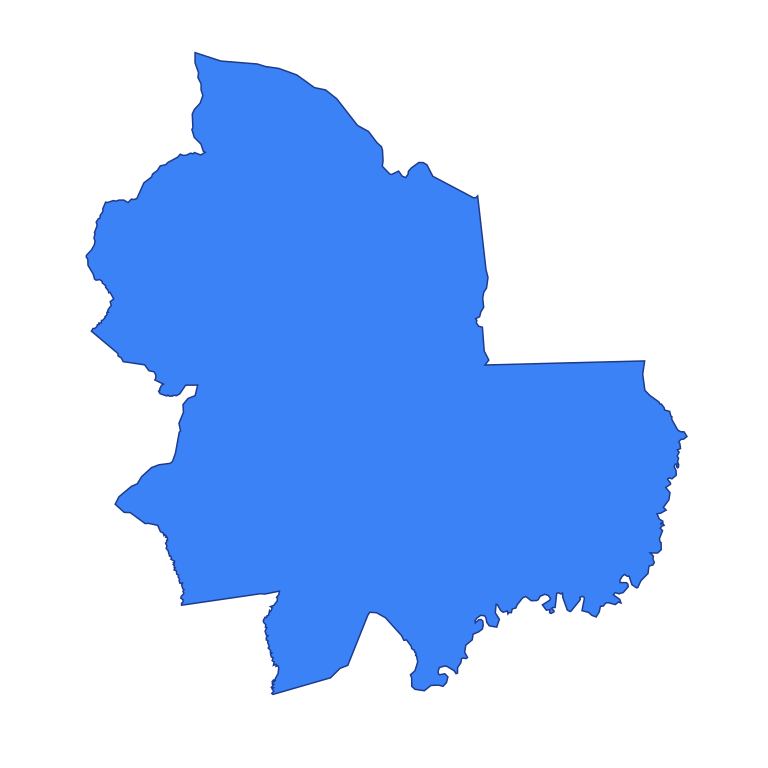 outline of Lufwanyama, Copperbelt, Zambia, rotated 4°
{"feature_id": "96606910B27641216908272", "entity_name": "Lufwanyama", "entity_type": "district", "adm_level": 2, "iso_a3": "ZMB", "parent_name": "Zambia", "parent_adm1": "Copperbelt", "projection": "robinson", "projection_center": [27.285, -12.951], "detail": "fine", "context": "isolated", "style": "filled", "palette": "blue", "viewbox_px": 768, "rotation_deg": 4, "n_neighbors": 0, "source": "geoboundaries", "source_scale": "gbopen_adm2", "svg_char_len": 6119}
<svg xmlns="http://www.w3.org/2000/svg" viewBox="0 0 768 768"><g transform="rotate(4 384 384)"><path d="M293.9,93.2L275.5,81.8L256.9,76.5L243.8,75.6L235.2,73.6L198.6,73.2L172.4,66.6L173.1,76.8L177.3,86.5L177.0,91.3L180.6,97.3L181.0,103.4L183.2,108.7L181.0,116.7L175.7,123.3L173.9,128.1L175.5,141.8L174.6,143.5L177.5,151.2L184.7,157.5L187.5,164.4L189.5,165.3L185.2,168.3L178.7,166.3L177.6,167.7L175.0,167.2L170.9,169.5L167.9,170.0L164.7,169.0L162.4,172.1L152.9,178.1L151.0,180.4L145.6,182.0L143.0,186.8L138.5,190.7L137.7,193.7L130.5,200.0L124.5,216.2L121.7,217.4L119.1,217.2L116.0,220.9L111.7,218.7L106.8,219.0L103.9,220.3L101.1,219.9L95.7,222.2L93.6,222.0L91.3,228.7L91.5,231.6L89.1,235.6L89.1,238.4L87.5,239.1L85.6,242.5L86.8,245.9L84.6,253.2L85.3,254.1L84.5,258.6L85.8,261.6L85.3,265.5L82.8,270.7L78.2,276.4L78.1,278.1L79.8,280.2L80.5,286.4L86.2,294.5L87.9,299.5L89.5,300.5L93.2,299.7L95.8,301.4L95.8,302.7L99.5,305.4L99.5,307.0L102.5,310.2L103.0,312.2L104.5,311.9L108.4,318.0L105.1,320.9L106.4,324.8L103.9,328.4L103.1,331.0L103.9,331.6L102.6,332.1L102.7,334.4L100.9,336.4L101.2,337.2L98.9,340.1L97.7,340.3L97.7,342.8L95.2,343.1L95.6,344.5L93.9,344.9L93.7,346.5L91.9,348.6L89.8,349.0L88.4,351.7L116.4,372.1L116.8,374.6L120.1,376.3L122.3,379.9L143.9,381.6L148.5,387.1L153.9,387.9L155.7,391.0L156.0,393.6L155.1,396.0L164.0,399.5L162.2,400.7L160.5,404.8L160.9,406.0L159.6,406.8L161.3,409.3L168.1,411.1L169.2,410.1L170.6,411.1L174.0,410.8L175.0,409.8L177.6,410.2L180.9,408.1L186.2,399.0L198.2,398.1L196.4,408.8L189.5,412.1L184.9,418.6L185.9,426.3L182.2,437.5L184.3,445.1L183.1,446.4L180.8,467.3L178.5,475.9L176.4,478.0L165.1,480.3L157.9,483.6L148.7,493.3L144.8,500.8L139.2,503.7L127.5,514.9L124.2,522.7L133.8,530.2L139.8,530.0L155.5,539.9L158.7,539.4L168.1,540.8L171.3,546.9L174.1,548.0L175.1,550.5L175.7,549.5L177.3,550.8L176.9,552.1L178.5,552.1L179.0,554.8L178.1,555.1L178.2,557.0L177.2,558.0L178.8,560.7L178.2,563.3L180.2,565.2L182.1,570.7L183.2,570.6L184.2,572.5L183.6,573.7L187.5,575.4L187.4,576.8L186.4,576.9L187.2,578.2L186.3,578.7L187.6,580.1L187.5,581.8L188.6,581.9L187.5,584.1L189.8,584.8L190.5,588.1L192.4,589.0L192.1,590.7L193.8,593.3L193.3,594.5L194.3,597.0L196.9,596.6L196.1,598.5L197.6,602.4L198.8,603.0L197.9,604.9L199.0,606.9L196.5,610.1L196.3,611.9L198.8,613.4L198.4,616.1L197.3,616.8L197.5,618.8L275.6,601.8L279.6,601.9L294.2,597.9L293.7,601.4L291.7,604.4L292.7,605.0L292.5,608.0L289.4,612.6L286.2,614.0L288.0,615.0L287.3,617.8L286.2,619.1L285.6,618.2L285.0,622.8L283.4,623.4L283.2,625.2L281.6,624.9L280.1,628.2L280.5,630.2L282.8,632.2L282.7,635.0L284.0,635.2L282.6,638.9L284.1,642.7L285.9,643.3L284.3,644.8L284.4,647.5L286.1,648.0L285.9,649.7L287.8,653.9L286.9,655.4L289.5,657.9L289.4,659.7L290.9,660.1L289.6,661.2L290.7,664.2L292.5,664.6L291.7,667.8L293.8,669.0L293.3,672.4L295.8,671.2L296.0,673.2L297.6,672.3L298.8,674.3L298.5,680.3L296.0,685.7L296.2,687.4L295.3,688.6L295.4,687.3L294.5,686.9L293.2,688.7L293.7,691.5L295.0,691.5L292.9,694.4L295.0,694.8L293.5,695.9L295.5,698.1L293.6,700.5L294.9,701.4L351.2,680.8L360.0,670.7L367.5,667.2L384.0,615.8L385.7,612.7L392.5,612.7L401.8,617.1L418.9,633.6L421.7,638.3L424.4,637.8L429.5,643.8L430.0,646.0L433.0,647.7L433.4,649.5L434.8,650.4L434.5,652.6L435.4,653.0L437.0,658.8L434.9,667.9L430.7,672.2L432.1,675.3L432.8,683.7L436.2,686.4L445.6,687.2L451.9,681.4L459.6,680.6L463.9,681.5L467.1,677.7L468.2,671.8L464.9,668.8L459.6,670.2L458.7,669.5L458.0,667.1L459.0,663.0L464.2,661.1L466.5,661.3L473.9,665.1L476.1,667.9L477.5,667.3L477.2,661.7L480.1,656.8L480.4,652.8L481.6,651.8L485.0,652.2L486.4,651.0L483.2,645.9L483.8,638.9L489.9,633.0L490.3,627.4L495.8,624.6L499.2,621.6L499.8,618.0L499.1,613.7L497.4,612.2L495.1,612.5L491.8,615.9L491.3,613.8L493.0,611.0L496.6,608.0L500.5,608.2L502.0,610.2L503.2,614.7L505.9,617.9L513.4,618.7L515.5,610.6L511.0,604.5L511.2,595.9L512.4,596.2L516.2,601.8L518.8,603.4L522.8,601.8L523.7,604.7L524.4,603.4L527.0,603.2L527.6,599.5L531.2,598.2L532.2,595.1L537.3,587.5L540.4,586.1L545.9,589.9L551.3,589.4L552.9,588.4L554.5,584.9L559.0,582.6L562.6,583.4L565.1,586.5L564.3,588.2L557.4,593.3L561.7,598.3L565.3,597.5L565.1,600.6L566.7,601.2L569.4,599.5L569.4,598.3L566.9,596.3L567.7,595.3L570.3,595.0L570.9,580.8L572.4,580.0L575.0,581.1L576.6,580.1L577.2,584.3L582.6,596.7L585.4,598.0L586.5,597.4L594.3,586.3L594.9,584.9L594.1,583.2L596.7,582.0L598.5,582.9L598.8,584.4L597.3,596.3L604.1,597.6L607.5,600.3L611.9,601.6L614.6,596.4L615.4,590.7L618.3,590.2L620.4,587.0L623.0,586.5L630.1,587.9L633.0,585.2L635.7,585.9L634.2,582.4L627.5,578.3L629.2,576.0L633.0,576.9L637.2,575.3L641.8,569.2L641.2,566.6L639.8,565.3L633.3,565.6L633.0,563.4L635.0,559.3L637.1,557.2L640.1,558.8L641.9,558.6L645.3,566.9L650.3,569.8L651.4,569.2L654.0,562.3L660.6,554.6L661.0,547.1L664.9,545.8L666.1,543.4L664.5,539.7L664.7,536.9L661.3,534.0L668.8,533.5L672.1,529.9L671.5,522.9L670.3,522.2L669.6,519.0L672.1,510.8L669.6,508.6L671.1,506.4L673.3,505.5L672.1,504.0L669.9,504.3L670.1,503.4L671.9,503.1L671.7,501.4L668.1,499.6L665.4,494.4L669.1,493.5L674.3,490.1L671.3,487.6L676.3,479.6L676.9,472.5L672.3,467.6L676.8,464.0L676.7,462.7L673.5,459.3L674.6,457.8L677.9,458.5L681.9,454.6L681.4,450.0L679.2,446.2L680.1,443.7L681.1,443.3L681.8,443.7L681.6,445.9L682.6,447.2L683.5,446.6L683.6,443.8L682.3,441.2L683.0,437.5L681.5,435.4L683.2,431.4L681.2,429.3L684.3,427.7L683.3,422.8L682.0,421.3L684.0,418.6L686.9,418.0L689.9,415.2L686.7,410.8L683.3,410.9L680.3,409.5L673.6,399.3L673.4,396.4L672.4,396.0L670.9,391.4L665.8,390.4L665.1,388.1L662.1,384.7L660.7,384.8L659.6,382.8L649.9,376.8L644.7,372.1L641.4,356.2L642.4,342.8L483.4,358.0L486.9,352.8L481.7,344.2L478.2,320.5L474.2,319.7L471.8,316.4L472.2,314.1L470.8,312.5L474.7,310.2L475.6,305.3L478.1,300.5L476.5,291.7L477.1,285.6L479.6,281.1L480.3,270.4L477.8,262.9L464.3,189.8L462.9,191.5L460.5,192.1L418.2,173.4L411.5,162.3L407.7,160.4L403.3,160.6L396.4,166.4L393.6,169.9L393.3,173.2L391.2,176.6L387.7,175.4L383.7,170.6L377.1,174.4L375.2,174.2L367.1,166.9L367.5,161.6L366.2,150.9L364.9,147.5L360.1,143.7L351.0,133.2L339.5,127.9L317.1,102.9L305.2,94.7L293.9,93.2Z" fill="#3b82f6" stroke="#1e3a8a" stroke-width="1.5"/></g></svg>